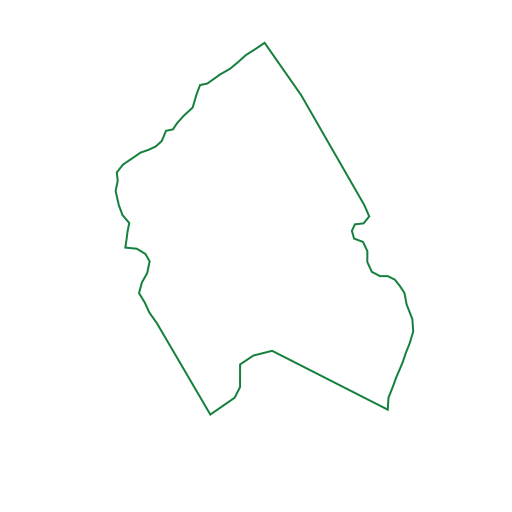 Passagem, Paraíba, Brazil, rotated 337°
{"feature_id": "56859067B98745987234759", "entity_name": "Passagem", "entity_type": "district", "adm_level": 2, "iso_a3": "BRA", "parent_name": "Brazil", "parent_adm1": "Paraíba", "projection": "natural_earth1", "projection_center": [-37.042, -7.122], "detail": "fine", "context": "isolated", "style": "outline", "palette": "green", "viewbox_px": 512, "rotation_deg": 337, "n_neighbors": 0, "source": "geoboundaries", "source_scale": "gbopen_adm2", "svg_char_len": 1018}
<svg xmlns="http://www.w3.org/2000/svg" viewBox="0 0 512 512"><g transform="rotate(337 256 256)"><path d="M347.2,63.1L336.1,65.3L325.2,67.1L314.3,70.8L305.3,73.5L294.2,74.8L278.6,78.2L271.3,76.8L264.5,83.9L255.7,94.6L243.9,98.8L234.9,103.1L229.0,107.0L222.1,105.6L214.2,113.3L206.5,116.0L198.6,116.3L190.1,115.7L179.8,117.8L169.2,119.9L160.5,124.7L158.1,132.7L152.2,141.3L149.6,155.5L149.1,166.2L152.2,176.1L147.0,183.8L143.2,190.3L139.0,197.2L149.1,202.7L155.0,210.9L156.0,219.4L149.1,229.3L140.6,235.8L133.8,244.5L135.4,255.2L135.7,266.3L138.5,279.2L152.0,384.1L181.0,378.1L190.1,370.4L199.0,349.6L214.6,346.6L233.8,349.6L317.2,448.9L322.6,438.2L331.1,429.6L337.1,423.1L344.6,415.9L350.0,410.6L356.1,403.7L363.0,396.8L371.2,387.0L375.3,375.1L375.7,359.5L378.2,348.0L376.7,339.8L374.6,332.1L369.4,326.0L362.3,323.0L356.4,315.8L356.1,305.0L360.4,295.1L360.0,284.9L353.1,278.3L354.1,270.3L359.4,265.5L367.8,268.0L375.7,263.8L375.6,251.7L360.4,125.5L347.2,63.1Z" fill="none" stroke="#15803d" stroke-width="2"/></g></svg>